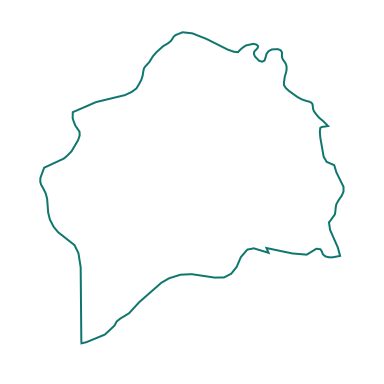 outline of Bình Phước, rotated 184°
{"feature_id": "VNM-484", "entity_name": "Bình Phước", "entity_type": "Province", "adm_level": 1, "iso_a3": "VNM", "parent_name": "Vietnam", "parent_adm1": "", "projection": "orthographic", "projection_center": [106.812, 11.797], "detail": "fine", "context": "isolated", "style": "outline", "palette": "teal", "viewbox_px": 384, "rotation_deg": 184, "n_neighbors": 0, "source": "natural_earth", "source_scale": "10m", "svg_char_len": 1910}
<svg xmlns="http://www.w3.org/2000/svg" viewBox="0 0 384 384"><g transform="rotate(184 192 192)"><path d="M186.5,110.0L197.7,108.7L208.9,104.3L216.3,99.3L236.9,78.5L246.4,66.6L254.5,60.9L258.1,57.6L260.1,53.2L269.0,43.7L286.9,34.8L291.7,33.3L292.1,36.6L297.8,109.1L301.0,123.0L305.5,130.8L322.7,142.5L327.5,147.5L331.8,154.5L334.0,161.2L336.1,175.4L338.0,180.7L340.5,185.0L343.0,188.7L344.1,191.7L344.2,195.5L341.2,205.9L322.2,216.4L319.2,219.3L315.0,224.2L309.2,235.9L308.0,240.5L308.4,244.2L313.0,250.1L315.0,254.2L316.2,257.3L316.5,263.3L294.0,275.0L265.6,284.0L259.2,287.6L254.7,291.4L252.1,296.4L250.4,300.4L249.4,304.3L248.9,309.7L248.5,312.0L247.4,313.9L243.6,318.7L240.5,324.6L237.3,328.9L231.0,335.4L226.0,338.9L223.5,341.3L222.5,343.0L221.1,345.7L219.3,347.4L212.5,350.7L202.8,350.3L188.2,345.7L166.2,336.5L159.9,334.8L155.8,334.7L154.4,336.6L151.9,339.2L148.5,341.9L141.2,344.1L137.8,343.5L136.2,342.1L136.7,340.0L139.7,336.4L139.9,334.1L138.7,331.6L134.1,327.5L131.1,326.9L128.9,328.1L128.0,331.3L127.3,335.0L125.4,337.9L122.2,339.8L116.4,340.5L113.5,339.6L112.0,337.6L111.7,332.9L110.7,330.7L107.5,326.7L106.5,324.1L106.2,321.2L106.4,318.5L107.5,313.5L107.9,307.3L107.7,305.1L105.8,302.4L102.3,299.6L93.6,294.2L89.0,292.1L84.7,290.9L80.9,290.2L79.2,289.4L78.1,288.3L77.7,287.2L77.1,283.7L76.1,281.2L73.6,278.2L70.3,274.9L66.0,271.8L60.9,267.3L64.2,266.5L65.6,266.3L67.3,265.8L68.5,264.9L68.7,261.1L67.8,255.2L63.1,236.3L59.7,231.4L52.0,228.7L49.4,221.8L41.2,207.7L40.9,202.8L42.5,198.5L45.0,194.4L47.1,190.0L47.5,187.4L47.7,181.5L48.0,179.5L52.5,172.2L53.3,171.4L51.6,163.8L42.7,146.9L40.2,139.8L39.8,138.6L46.9,136.7L50.4,136.4L54.3,137.0L57.1,139.0L58.3,141.7L59.9,143.8L63.9,144.1L73.2,137.5L87.7,137.7L113.8,141.3L111.4,136.7L126.4,140.1L132.8,138.4L138.7,130.5L142.2,120.4L147.2,113.2L154.1,109.0L159.7,108.5L163.5,108.2L186.5,110.0Z" fill="none" stroke="#0f766e" stroke-width="2"/></g></svg>